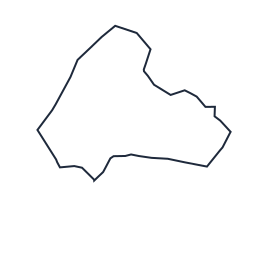 Xuld, Dundgovi, Mongolia, rotated 134°
{"feature_id": "93677404B62484522824212", "entity_name": "Xuld", "entity_type": "district", "adm_level": 2, "iso_a3": "MNG", "parent_name": "Mongolia", "parent_adm1": "Dundgovi", "projection": "natural_earth1", "projection_center": [105.477, 45.18], "detail": "fine", "context": "isolated", "style": "outline", "palette": "slate", "viewbox_px": 256, "rotation_deg": 134, "n_neighbors": 0, "source": "geoboundaries", "source_scale": "gbopen_adm2", "svg_char_len": 728}
<svg xmlns="http://www.w3.org/2000/svg" viewBox="0 0 256 256"><g transform="rotate(134 128 128)"><path d="M114.0,211.6L131.3,204.8L161.2,196.5L168.0,194.9L192.3,191.8L200.6,157.8L201.8,155.2L203.6,149.6L192.7,140.2L188.5,133.5L188.7,116.5L189.3,115.8L183.7,115.6L176.9,115.3L171.3,116.9L162.1,119.6L158.3,118.8L150.0,110.5L144.9,107.4L140.6,100.7L133.1,90.3L122.5,78.0L113.3,63.4L100.9,44.4L80.0,46.3L76.3,46.5L61.0,51.1L59.5,51.5L58.6,66.8L59.4,73.4L59.4,73.9L52.4,80.2L59.0,87.0L57.7,100.4L59.6,107.3L61.5,113.4L74.6,120.3L78.8,139.3L78.5,140.9L76.7,149.9L76.1,155.9L74.9,157.3L69.7,159.7L55.7,166.5L53.6,187.7L63.4,208.2L80.9,210.2L93.7,210.7L94.3,210.7L114.0,211.6Z" fill="none" stroke="#1e293b" stroke-width="2"/></g></svg>